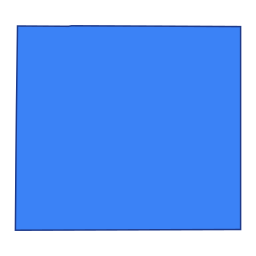 outline of Rockwall, Texas, United States of America
{"feature_id": "52423323B26615713613896", "entity_name": "Rockwall", "entity_type": "district", "adm_level": 2, "iso_a3": "USA", "parent_name": "United States of America", "parent_adm1": "Texas", "projection": "robinson", "projection_center": [-96.442, 32.898], "detail": "fine", "context": "isolated", "style": "filled", "palette": "blue", "viewbox_px": 256, "rotation_deg": 0, "n_neighbors": 0, "source": "geoboundaries", "source_scale": "gbopen_adm2", "svg_char_len": 261}
<svg xmlns="http://www.w3.org/2000/svg" viewBox="0 0 256 256"><path d="M17.5,26.0L17.4,36.4L16.5,104.8L16.0,154.1L15.4,230.2L240.6,229.5L240.6,196.2L240.6,26.6L166.0,26.2L71.5,25.8L68.5,26.3L17.5,26.0Z" fill="#3b82f6" stroke="#1e3a8a" stroke-width="1.5"/></svg>